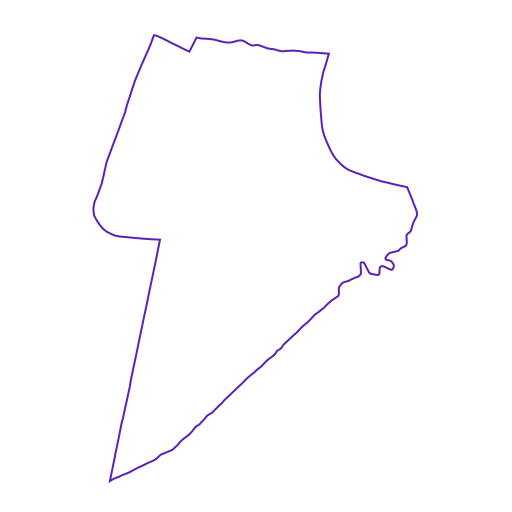 Bang Sue, Bangkok Metropolis, Thailand, rotated 179°
{"feature_id": "78962969B39307621639221", "entity_name": "Bang Sue", "entity_type": "district", "adm_level": 2, "iso_a3": "THA", "parent_name": "Thailand", "parent_adm1": "Bangkok Metropolis", "projection": "albers", "projection_center": [100.522, 13.824], "detail": "fine", "context": "isolated", "style": "outline", "palette": "violet", "viewbox_px": 512, "rotation_deg": 179, "n_neighbors": 0, "source": "geoboundaries", "source_scale": "gbopen_adm2", "svg_char_len": 6016}
<svg xmlns="http://www.w3.org/2000/svg" viewBox="0 0 512 512"><g transform="rotate(179 256 256)"><path d="M169.2,346.0L174.1,351.2L177.0,355.4L179.8,360.7L183.4,369.1L185.6,374.9L187.2,381.0L187.9,386.3L188.3,392.1L188.9,400.8L189.4,415.5L188.8,422.2L187.6,429.7L185.6,438.2L183.3,445.1L179.6,457.0L185.8,457.6L195.0,458.4L200.6,458.5L201.2,458.5L204.2,459.0L208.8,460.1L215.0,460.7L220.6,460.6L226.5,460.2L228.9,460.7L234.1,462.3L238.2,462.9L240.7,463.4L245.8,465.3L249.1,466.6L250.6,467.0L251.3,467.0L255.5,466.5L256.3,466.5L257.2,466.9L259.5,468.0L264.2,471.0L265.6,471.5L266.5,471.8L268.1,471.8L270.1,471.7L274.7,470.5L276.3,470.0L277.2,470.0L281.0,469.9L284.1,470.4L288.5,471.5L294.0,473.1L300.4,474.0L306.7,474.4L311.7,475.4L319.0,461.5L321.4,462.6L322.2,463.0L326.1,465.0L333.2,468.7L338.2,471.2L341.1,472.9L348.9,476.8L351.5,477.9L352.2,478.2L354.2,478.5L354.9,476.7L355.7,474.8L356.4,472.8L357.3,470.4L358.6,467.5L359.7,464.9L360.5,463.2L363.3,457.2L366.2,451.0L367.9,447.2L370.4,441.5L372.6,436.5L374.0,433.3L376.1,427.2L378.2,421.3L379.6,417.0L381.4,412.0L382.7,408.1L383.8,404.1L384.6,401.3L386.3,397.1L387.8,393.3L389.8,388.0L392.3,381.6L394.1,377.1L395.5,373.4L396.5,371.1L398.0,367.2L399.2,364.1L401.0,359.5L402.1,356.8L403.9,351.8L404.1,351.0L404.9,347.7L406.2,342.3L407.4,337.4L408.2,334.3L408.6,332.6L408.9,331.6L409.8,329.0L411.3,325.1L412.6,321.7L414.3,317.6L416.5,312.9L417.2,309.5L417.5,307.8L417.7,305.9L417.7,304.4L417.6,303.2L417.4,301.1L417.1,299.5L416.2,297.3L413.8,293.0L411.7,289.9L409.8,287.5L407.7,285.1L405.4,283.4L404.2,282.5L399.5,280.1L396.8,279.0L391.9,277.8L390.4,277.7L385.9,277.2L380.5,276.6L370.6,275.5L362.2,274.7L351.7,274.0L353.1,267.7L355.5,256.6L357.1,249.3L362.5,225.8L367.0,205.6L368.1,200.9L369.0,197.2L370.9,188.7L373.1,179.0L377.9,157.6L383.5,133.3L384.3,128.2L392.1,95.2L392.4,94.5L393.5,90.4L396.5,76.2L399.2,64.4L400.0,61.2L400.6,57.7L406.0,33.5L402.2,35.7L398.5,37.1L396.5,37.8L394.1,39.0L390.1,40.5L388.4,41.1L384.8,42.7L380.7,44.9L377.2,46.6L372.4,48.7L367.9,50.9L365.2,52.0L362.7,53.0L361.7,53.5L361.1,53.7L360.5,54.1L359.5,54.7L358.5,55.6L357.2,56.8L354.7,59.0L353.6,59.5L351.2,60.3L349.9,60.9L347.6,61.8L343.6,63.4L342.1,64.3L340.5,65.9L339.4,66.9L338.2,67.9L337.0,69.2L335.9,70.5L334.4,72.1L332.1,74.1L331.0,75.0L330.1,75.6L327.8,77.2L326.2,78.5L323.8,80.8L321.5,83.5L319.6,86.1L315.7,88.5L314.7,89.3L313.5,90.9L311.4,92.8L309.9,94.4L307.8,97.1L305.7,98.4L302.6,100.1L294.4,108.2L293.0,109.1L292.4,109.8L290.5,112.1L286.1,116.1L282.3,119.6L280.3,121.4L279.0,122.6L277.7,123.8L277.0,124.5L274.3,126.9L272.3,128.7L268.7,132.2L266.4,134.5L264.5,136.0L262.6,137.5L261.8,138.1L260.7,138.9L260.0,139.5L259.0,140.3L258.3,141.0L257.5,141.9L255.7,143.2L254.5,144.1L253.5,144.8L252.4,145.8L251.3,146.9L249.1,149.1L247.8,150.5L246.1,151.9L244.7,153.0L242.2,154.7L241.0,155.6L239.6,156.8L238.8,157.7L237.8,158.9L236.8,160.5L236.4,160.9L235.7,161.3L234.2,162.2L233.5,162.6L233.1,162.9L232.4,163.5L231.0,165.5L230.3,166.5L229.6,167.2L228.5,168.3L226.1,170.4L224.2,172.1L221.9,174.2L220.1,175.8L219.8,176.1L219.5,176.4L217.1,178.3L215.4,180.0L212.9,182.6L211.1,184.4L207.7,187.2L205.6,188.8L203.9,190.4L201.1,193.3L199.0,195.5L198.0,196.5L197.1,197.1L195.4,198.2L194.4,198.9L193.4,199.7L191.3,201.3L189.7,202.4L188.8,203.3L188.3,203.7L187.8,204.2L187.1,205.0L185.9,206.1L183.7,208.1L182.8,208.9L182.0,209.6L181.0,210.4L176.9,213.0L175.4,213.9L174.9,214.3L174.5,214.6L174.2,215.2L174.2,215.3L173.9,215.9L173.8,216.5L173.8,217.2L173.7,218.4L173.8,221.6L173.7,222.5L173.5,223.1L173.2,223.8L172.5,224.8L171.3,226.3L170.2,227.4L169.7,227.8L169.1,228.1L168.4,228.3L167.4,228.6L166.4,228.8L165.3,229.1L164.3,229.4L163.6,229.7L161.3,230.8L159.4,231.7L157.7,232.4L156.3,232.9L155.1,233.3L154.6,233.4L154.1,233.6L153.8,233.9L153.2,234.3L151.8,235.8L151.5,236.2L151.4,236.7L151.4,236.9L151.4,237.2L151.4,239.5L151.5,243.0L151.6,245.6L151.6,246.6L151.6,246.9L151.5,247.2L151.4,247.3L151.2,247.5L150.7,247.7L150.1,247.8L149.4,247.8L149.0,247.7L148.7,247.7L148.3,247.4L148.1,247.1L147.8,246.7L146.4,244.0L145.1,241.3L144.3,239.8L143.5,238.1L143.2,237.5L142.9,237.2L142.5,236.9L142.2,236.7L141.8,236.4L141.5,236.3L141.2,236.1L140.7,235.9L139.4,235.7L138.3,235.5L136.2,235.1L134.8,234.9L134.5,234.9L134.2,234.9L134.0,235.0L133.8,235.1L133.6,235.2L133.4,235.4L133.3,235.6L133.1,236.0L133.0,236.4L132.9,236.9L132.8,237.8L132.7,239.6L132.5,241.1L132.4,241.9L132.3,242.3L132.1,242.6L132.0,242.9L131.7,243.1L131.5,243.3L131.1,243.5L130.7,243.6L130.3,243.6L129.9,243.6L129.5,243.6L129.1,243.5L128.7,243.4L128.2,243.2L127.9,243.1L127.2,242.8L124.8,241.5L122.6,240.5L121.0,239.9L120.7,239.8L120.3,239.8L120.1,239.9L120.0,240.1L119.5,240.7L119.2,241.0L119.0,241.5L118.6,242.3L118.5,242.7L118.4,243.4L118.3,243.9L118.4,244.2L118.5,244.7L118.7,245.2L119.2,246.1L119.3,246.2L120.2,247.5L120.9,248.4L121.3,248.7L121.7,248.9L122.4,249.2L123.5,249.4L124.9,249.6L125.5,249.9L125.8,250.0L126.1,250.2L126.3,250.5L126.5,250.7L126.6,251.0L126.6,251.3L126.6,251.5L126.5,251.8L126.4,252.2L125.9,252.9L124.9,254.3L123.9,255.4L123.6,255.7L123.4,255.9L123.0,256.2L122.7,256.4L122.4,256.5L122.0,256.7L121.5,256.9L119.1,257.5L117.6,257.8L116.4,258.0L116.2,258.1L114.6,258.4L113.8,258.6L113.6,258.7L113.5,258.8L113.2,259.1L112.1,260.2L111.4,260.8L111.1,261.1L110.6,261.3L110.0,261.7L109.3,262.0L108.2,262.5L107.4,262.9L106.7,263.2L106.3,263.5L106.0,263.8L105.8,264.0L105.6,264.4L105.5,264.7L105.3,265.1L105.2,265.5L105.1,266.1L105.1,266.4L105.0,267.0L105.0,267.6L105.0,268.2L105.1,270.0L105.2,272.6L105.2,273.5L105.1,274.1L104.9,274.5L104.5,275.0L104.0,275.5L103.2,276.3L102.3,276.8L101.2,277.9L100.9,278.3L100.5,279.2L100.2,280.0L99.5,282.6L98.9,284.2L97.6,287.6L97.4,288.0L94.7,292.9L94.4,293.8L94.3,295.7L94.5,297.4L95.0,299.1L97.1,304.7L99.8,312.3L103.7,322.2L109.5,323.5L116.4,325.2L123.1,327.0L129.0,328.4L135.1,330.4L141.8,332.7L146.5,334.3L151.0,336.1L154.3,337.3L158.8,339.1L162.1,340.6L164.6,342.2L166.2,343.4L166.8,343.9L168.4,345.3L169.2,346.0Z" fill="none" stroke="#5b21b6" stroke-width="2"/></g></svg>